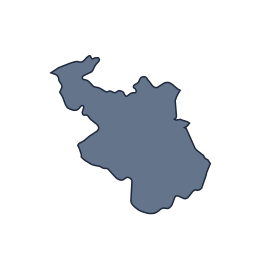 outline of Tianjin, rotated 305°
{"feature_id": "CHN-1816", "entity_name": "Tianjin", "entity_type": "Municipality", "adm_level": 1, "iso_a3": "CHN", "parent_name": "China", "parent_adm1": "", "projection": "robinson", "projection_center": [117.372, 39.408], "detail": "fine", "context": "isolated", "style": "filled", "palette": "slate", "viewbox_px": 256, "rotation_deg": 305, "n_neighbors": 0, "source": "natural_earth", "source_scale": "10m", "svg_char_len": 4080}
<svg xmlns="http://www.w3.org/2000/svg" viewBox="0 0 256 256"><g transform="rotate(305 128 128)"><path d="M188.8,149.1L185.5,149.3L181.6,149.8L177.4,151.0L170.7,156.6L165.7,160.7L163.9,161.6L161.8,161.0L162.1,163.1L162.9,163.6L163.9,164.7L165.1,165.9L165.7,168.5L166.5,170.6L167.2,173.6L167.3,175.6L164.4,175.5L163.1,175.2L160.6,174.0L160.8,175.0L161.2,175.6L149.8,194.6L149.3,196.7L149.1,198.8L148.8,205.5L147.5,208.0L147.4,210.1L147.7,211.8L147.0,213.3L146.1,215.8L136.9,217.9L133.7,219.2L121.1,222.8L119.7,222.5L119.0,222.3L118.5,222.0L117.9,221.7L117.1,220.9L116.7,220.5L116.5,220.0L116.0,219.0L115.8,218.4L113.6,217.5L104.9,216.9L102.9,215.5L102.3,214.3L101.1,208.1L100.7,207.3L100.2,206.6L99.5,206.2L98.8,206.1L98.1,206.1L90.2,208.1L89.4,208.1L88.4,208.1L86.8,207.8L85.9,207.5L85.3,207.1L84.9,206.7L84.4,206.1L83.1,203.5L82.5,202.7L81.6,202.0L80.6,201.4L78.6,200.9L75.5,199.8L73.5,198.7L72.2,197.3L70.8,195.5L69.7,193.6L68.8,191.3L67.6,187.5L67.1,185.0L66.9,182.9L67.1,178.8L67.7,176.0L67.9,175.4L68.4,174.2L68.6,173.8L68.8,173.5L69.9,172.2L86.3,162.0L86.8,161.6L87.2,161.2L87.6,160.6L87.9,159.7L88.0,159.0L88.0,158.3L87.9,157.6L87.8,157.0L87.6,156.5L87.3,156.0L87.0,155.6L86.5,155.2L85.4,154.7L83.5,154.0L83.0,153.8L82.7,153.6L82.3,153.4L82.0,153.0L81.6,152.6L81.3,152.2L81.0,151.7L80.8,151.1L80.4,149.3L80.3,148.0L80.4,146.6L82.1,138.7L82.9,135.3L82.9,134.1L82.7,133.8L81.5,132.1L80.9,130.7L80.6,129.4L80.5,127.7L80.3,126.7L80.1,126.0L79.3,124.6L77.8,120.8L77.4,119.4L77.2,118.4L76.8,111.8L76.9,109.5L77.5,106.2L78.8,105.6L79.2,105.2L80.0,104.3L83.2,100.0L85.0,96.8L86.3,96.7L87.5,96.8L87.9,97.0L88.7,97.4L89.8,98.1L92.2,99.2L99.6,101.2L107.5,104.4L108.2,104.5L109.0,104.5L110.3,104.4L110.9,104.2L111.3,103.9L111.8,103.4L112.3,102.8L112.8,101.7L113.1,100.3L113.6,92.9L114.0,90.9L114.4,89.7L114.7,89.0L114.9,88.4L115.0,87.6L114.7,86.5L114.3,85.8L113.9,85.3L113.5,84.9L113.2,84.4L113.1,83.8L113.2,83.1L113.8,82.3L114.3,81.8L114.9,81.4L119.0,80.1L119.5,79.8L120.0,79.5L120.3,79.0L120.4,78.4L120.1,77.6L119.7,77.2L119.0,76.9L118.4,76.8L117.0,76.8L115.5,76.6L114.2,76.2L113.7,75.9L113.2,75.6L112.8,75.2L111.7,73.9L111.4,73.4L110.9,72.3L110.1,68.8L109.9,67.6L109.9,66.7L110.4,65.3L111.4,63.2L115.3,57.6L116.3,55.9L118.2,51.5L122.7,50.7L123.9,50.2L124.4,49.9L124.8,49.5L125.2,48.8L125.7,47.9L126.8,45.2L127.2,44.5L127.4,44.1L129.2,42.3L129.6,41.7L130.0,40.9L130.3,40.2L130.4,39.5L130.2,37.6L129.0,33.2L137.6,36.6L147.1,42.9L151.6,46.3L153.2,48.0L154.4,50.8L155.7,52.5L158.7,53.4L161.9,53.7L163.2,54.1L164.8,54.7L165.3,55.3L165.4,55.9L164.5,57.4L164.2,58.2L164.1,58.8L164.6,59.7L166.2,60.5L166.8,61.0L167.3,61.8L168.2,62.8L168.4,63.2L168.5,63.8L168.1,64.6L167.7,65.1L167.4,65.5L166.9,65.7L166.3,65.8L161.4,65.3L160.1,65.3L155.6,66.0L154.3,66.1L153.1,65.9L152.6,65.7L145.5,61.7L144.8,61.5L144.1,61.4L143.5,61.5L142.9,61.8L142.3,62.5L142.2,63.0L142.2,63.5L142.3,63.9L143.1,65.5L143.5,67.1L143.6,68.5L143.6,69.5L142.4,74.9L142.3,75.9L142.4,76.5L142.8,77.8L144.2,80.9L144.6,83.6L144.8,87.3L145.1,89.6L145.6,90.1L146.5,90.8L147.5,91.4L147.9,91.9L148.3,92.6L148.9,96.0L149.1,96.6L149.4,97.0L149.9,97.4L150.4,97.7L152.8,98.7L153.3,99.0L153.7,99.7L154.1,100.6L154.6,102.2L154.6,103.3L154.5,104.1L154.2,104.6L153.9,105.1L153.5,105.8L153.2,106.5L152.9,107.7L153.1,108.4L153.5,108.8L154.0,109.1L157.4,110.2L158.5,110.7L159.0,111.1L159.4,111.5L159.8,111.9L160.7,113.3L161.1,113.7L161.6,113.9L162.2,113.9L162.6,113.7L163.1,113.4L163.5,112.9L163.8,112.4L164.1,111.9L164.3,111.3L164.3,110.7L164.3,110.1L164.3,109.5L164.5,109.1L164.9,108.7L165.5,108.5L166.1,108.4L166.8,108.5L167.5,108.7L169.7,109.8L170.3,110.1L171.0,110.2L171.7,110.3L172.3,110.2L174.3,109.8L176.3,109.6L177.1,109.9L178.0,110.4L179.1,111.6L179.6,112.5L179.8,113.2L179.8,113.9L179.7,114.5L178.5,117.5L178.4,118.4L176.7,123.5L176.5,124.2L176.5,125.0L176.5,126.0L176.7,126.8L177.1,127.6L177.5,128.1L177.9,128.6L178.4,128.9L185.7,131.9L186.4,132.5L187.1,133.1L188.1,134.4L188.6,135.2L188.8,135.9L189.0,137.2L189.1,139.2L188.5,145.7L188.5,146.2L188.5,146.8L188.8,149.1Z" fill="#64748b" stroke="#1e293b" stroke-width="1.5"/></g></svg>